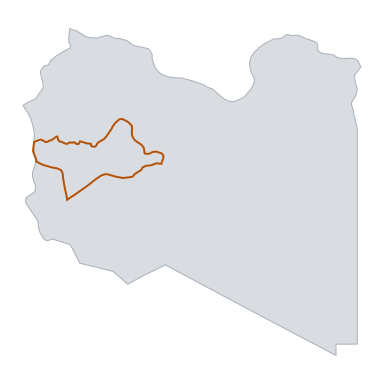 Ash Shati' highlighted on a map of Libya
{"feature_id": "LBY-2967", "entity_name": "Ash Shati'", "entity_type": "Municipality", "adm_level": 1, "iso_a3": "LBY", "parent_name": "Libya", "parent_adm1": "", "projection": "mercator", "projection_center": [12.752, 27.893], "detail": "fine", "context": "in_parent", "style": "outline", "palette": "amber", "viewbox_px": 384, "rotation_deg": 0, "n_neighbors": 0, "source": "natural_earth", "source_scale": "10m", "svg_char_len": 4577}
<svg xmlns="http://www.w3.org/2000/svg" viewBox="0 0 384 384"><path d="M27.5,102.6L30.0,101.3L33.6,99.8L35.5,98.7L36.3,97.7L39.0,93.9L40.4,91.8L42.4,88.9L43.2,86.8L43.2,85.0L42.9,82.7L41.4,77.2L40.2,71.9L41.2,69.9L41.9,68.9L43.6,66.4L44.3,65.9L47.9,65.1L49.4,63.4L50.5,61.3L50.7,60.2L52.3,59.1L54.2,57.9L55.4,56.4L59.2,54.1L62.7,52.0L66.7,49.8L69.9,48.0L70.5,46.5L70.5,45.2L68.8,42.2L68.8,38.7L68.9,35.8L69.1,34.0L69.8,29.2L69.9,28.5L73.1,30.1L76.4,30.8L86.4,36.8L89.5,37.5L96.5,38.2L104.7,35.8L107.8,35.3L113.2,37.6L115.6,38.3L119.6,38.5L126.4,40.5L128.1,41.3L132.1,44.6L134.0,45.6L148.2,48.6L150.1,50.6L152.1,54.4L152.2,59.2L153.3,62.6L155.0,67.1L157.1,70.2L159.5,72.8L162.2,74.5L168.4,76.9L175.4,77.8L182.4,78.1L194.5,81.5L204.8,85.3L207.3,87.2L212.5,89.0L222.7,98.0L228.4,101.1L232.4,101.7L236.0,101.1L242.3,98.0L245.0,96.2L251.4,88.4L253.5,84.4L254.3,81.5L254.1,78.6L253.3,76.0L251.5,73.2L250.3,69.6L249.5,63.0L250.5,58.5L251.7,55.7L253.7,53.0L259.0,47.6L264.3,43.8L273.7,38.9L279.2,38.8L281.5,38.3L286.0,34.8L287.8,34.6L290.3,35.5L297.7,35.2L301.0,36.2L304.9,38.4L309.8,39.8L313.3,41.1L317.0,42.8L317.9,47.2L317.4,48.4L317.4,50.1L321.2,53.1L332.1,54.5L334.2,55.3L337.2,57.5L339.2,58.2L346.7,58.5L351.0,58.1L355.2,58.9L356.7,59.6L358.3,61.4L360.2,65.7L361.0,67.1L360.1,67.8L359.0,69.3L358.2,70.7L356.3,72.8L354.6,75.1L354.8,78.5L355.1,82.0L356.2,85.3L357.2,89.0L356.9,91.5L356.1,94.5L355.1,96.9L351.9,102.1L351.4,103.3L351.6,105.0L353.6,111.0L353.7,112.9L354.9,118.8L356.0,123.6L357.1,127.3L357.3,128.3L357.3,133.8L357.3,139.3L357.3,144.7L357.3,150.2L357.3,155.6L357.3,161.0L357.3,166.4L357.3,171.8L357.3,177.2L357.3,182.6L357.3,188.0L357.3,193.3L357.3,198.7L357.3,204.0L357.3,209.3L357.3,214.7L357.3,220.0L357.3,225.3L357.3,230.5L357.3,235.8L357.3,241.1L357.3,246.4L357.3,251.6L357.3,256.8L357.3,262.1L357.3,267.3L357.3,272.5L357.3,277.7L357.3,282.9L357.3,288.1L357.3,293.3L357.3,298.4L357.3,309.9L357.3,321.3L357.3,332.7L357.3,344.0L357.2,344.0L351.8,344.2L346.5,344.2L341.3,344.2L336.0,344.1L336.0,347.0L336.0,349.8L336.0,352.6L336.0,355.5L325.8,350.1L315.6,344.7L305.3,339.4L295.1,334.0L284.9,328.6L274.7,323.2L264.5,317.8L254.2,312.4L244.0,306.9L233.8,301.5L223.6,296.1L213.4,290.6L203.1,285.2L192.9,279.7L182.7,274.2L172.5,268.7L165.4,264.9L157.8,268.6L151.8,271.5L144.0,275.3L134.9,280.3L128.0,284.1L127.7,284.1L127.4,284.0L120.2,277.5L114.5,272.5L112.0,271.1L101.4,268.5L90.8,265.9L79.7,263.2L77.7,259.1L75.4,254.5L72.4,248.7L70.5,245.2L69.9,244.6L61.4,241.8L52.4,239.1L47.1,240.8L46.2,240.6L44.7,239.6L43.2,238.2L42.4,236.2L40.3,233.5L38.4,227.4L38.2,222.5L37.8,220.7L33.1,213.8L28.8,207.5L26.0,203.3L25.4,201.4L25.8,199.1L26.9,197.0L31.0,194.5L34.8,191.8L35.3,189.9L35.5,184.7L34.3,183.1L33.4,180.0L32.5,175.8L32.4,173.1L34.0,167.8L36.0,162.2L34.7,156.0L33.8,143.5L34.4,133.6L33.9,130.0L33.6,128.4L32.3,123.7L30.8,118.9L30.1,117.2L28.1,113.3L24.8,108.4L23.0,105.4L25.4,103.8L27.5,102.6Z" fill="#d9dde1" stroke="#a8b0b8" stroke-width="1"/><path d="M36.3,161.4L36.4,161.2L36.4,160.2L33.3,152.0L33.0,150.6L34.1,142.0L35.0,141.7L36.1,141.1L37.8,140.5L39.7,139.9L40.7,139.6L42.7,140.4L45.8,142.1L47.2,141.9L49.0,141.0L50.9,140.2L52.8,139.3L54.0,138.3L54.4,138.0L55.9,137.0L57.2,136.5L57.8,137.9L58.1,139.7L59.4,141.5L62.2,141.9L63.2,142.7L66.0,143.8L67.4,143.8L68.8,142.9L69.6,142.4L71.6,142.7L72.4,142.7L74.5,142.2L75.9,143.7L78.2,144.2L79.0,143.2L79.4,142.7L80.1,141.3L82.8,142.1L83.8,142.3L86.4,143.3L87.9,143.5L89.6,143.6L90.9,143.9L91.1,145.8L93.0,146.7L95.1,146.6L96.6,145.1L97.3,143.4L98.5,142.3L99.8,141.5L101.6,140.4L104.0,139.1L106.2,136.6L108.2,133.8L109.4,131.9L110.7,130.1L111.8,128.4L112.8,126.2L114.5,124.0L115.8,122.4L117.0,121.4L119.3,119.4L121.2,118.9L122.9,119.2L124.2,120.0L127.0,121.3L129.2,123.0L131.0,124.9L132.1,126.3L132.0,127.6L132.0,130.1L131.8,133.0L132.1,135.7L133.1,137.7L134.3,139.6L135.6,140.7L137.2,142.0L141.0,144.4L143.5,147.2L144.2,149.9L144.3,151.8L144.8,153.5L147.0,153.9L149.7,153.6L152.5,152.0L155.2,151.7L157.0,151.8L159.8,152.8L161.3,153.2L163.2,155.1L163.5,157.1L163.0,159.1L162.1,161.4L161.4,163.2L161.4,163.8L156.5,163.3L153.3,164.4L152.0,165.1L148.1,165.6L145.9,165.9L142.7,167.3L141.2,170.0L138.5,171.7L136.3,173.0L134.3,174.4L133.4,175.8L132.1,176.9L129.8,177.2L122.7,178.0L115.1,176.5L109.2,174.7L105.8,174.1L102.0,175.1L96.9,178.4L92.7,181.6L87.0,186.1L80.7,190.5L75.0,194.5L69.9,197.9L67.1,199.8L66.7,196.4L66.0,193.3L64.6,187.1L63.8,182.2L63.2,178.9L62.6,173.3L61.4,170.6L59.5,169.3L56.8,168.3L51.8,167.4L47.7,166.2L43.6,165.1L39.4,163.2L36.4,161.4L36.3,161.4Z" fill="none" stroke="#b45309" stroke-width="2"/></svg>